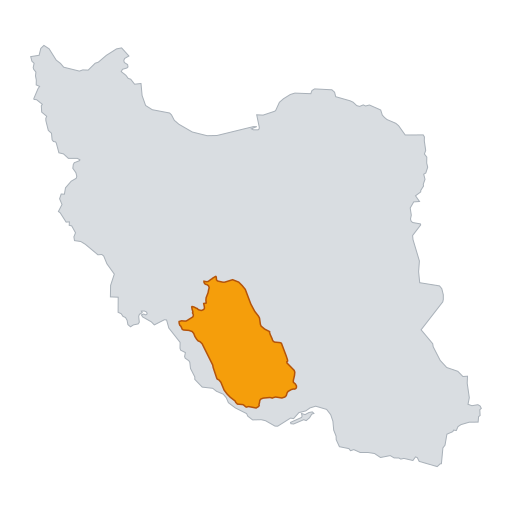 Iran, with Fars highlighted
{"feature_id": "IRN-3212", "entity_name": "Fars", "entity_type": "Province", "adm_level": 1, "iso_a3": "IRN", "parent_name": "Iran", "parent_adm1": "", "projection": "natural_earth1", "projection_center": [52.93, 29.426], "detail": "fine", "context": "in_parent", "style": "filled", "palette": "amber", "viewbox_px": 512, "rotation_deg": 0, "n_neighbors": 0, "source": "natural_earth", "source_scale": "10m", "svg_char_len": 5425}
<svg xmlns="http://www.w3.org/2000/svg" viewBox="0 0 512 512"><path d="M256.7,114.8L263.1,115.1L274.8,111.2L275.8,110.2L279.4,102.3L283.4,98.8L290.3,94.5L294.9,93.1L310.8,93.7L312.0,90.5L314.6,88.9L331.9,89.8L334.6,92.3L335.7,96.7L350.1,100.8L353.1,102.2L356.7,105.6L359.6,106.4L363.3,104.9L365.6,106.0L369.4,105.0L380.7,110.0L382.3,115.1L384.4,117.4L386.9,119.5L395.9,123.4L398.6,125.7L405.2,135.0L423.2,134.9L424.4,136.9L424.3,140.9L425.7,150.4L424.4,154.0L426.8,157.1L426.7,163.1L427.7,167.2L425.8,173.0L423.7,174.2L425.0,179.3L423.3,184.2L423.5,186.1L420.8,190.3L420.7,191.9L415.5,195.8L419.5,201.5L413.7,201.9L410.2,208.0L411.3,215.2L410.5,219.0L411.1,221.1L412.6,222.5L420.4,223.9L420.7,224.9L412.6,235.5L413.0,239.6L419.4,261.0L418.6,271.7L419.7,282.7L439.5,285.9L441.8,288.7L443.3,294.8L443.3,299.4L442.8,301.8L421.1,329.8L432.7,343.7L433.2,346.8L440.2,360.4L446.7,367.5L457.8,371.3L462.9,376.5L467.5,376.2L467.2,383.2L469.3,397.7L468.0,404.3L471.9,405.7L477.9,404.7L480.1,406.0L481.3,408.4L479.8,409.7L480.1,415.5L478.6,416.6L478.1,422.1L469.2,422.2L461.0,424.6L458.0,426.6L456.3,430.5L453.6,430.1L452.8,431.6L446.9,434.2L445.0,445.2L442.9,447.9L441.4,463.7L440.1,463.9L437.2,466.6L419.2,461.4L417.3,457.6L415.5,456.9L412.9,460.5L403.9,458.4L400.8,459.1L398.9,458.0L394.1,457.9L390.2,455.6L380.5,457.5L374.5,453.5L368.1,452.5L360.2,452.5L353.8,449.6L350.5,450.7L348.9,448.6L339.4,446.7L336.2,439.7L336.1,436.2L333.7,430.1L332.9,421.2L330.7,414.7L326.6,409.4L315.7,406.2L310.0,407.9L305.8,410.9L298.9,412.6L293.6,418.6L290.5,418.1L277.7,426.2L275.0,426.1L265.5,420.7L261.3,419.7L252.6,419.9L247.8,416.2L246.6,413.6L235.3,407.9L228.4,402.7L226.3,397.8L223.3,394.2L216.5,391.3L212.7,388.3L202.2,387.1L194.8,379.4L194.8,376.9L190.5,368.5L189.8,362.3L188.8,360.7L185.2,358.2L184.6,356.5L185.4,352.6L180.7,350.2L180.0,348.3L180.1,342.4L168.8,328.0L166.6,320.0L164.5,319.7L154.3,324.9L151.4,321.9L142.6,316.9L141.4,314.9L143.6,314.0L145.8,314.9L147.2,313.8L146.6,312.1L144.4,311.0L141.4,311.1L142.2,312.7L139.4,314.3L138.7,316.3L139.3,322.2L138.2,323.9L133.4,324.9L130.5,326.8L127.9,324.6L127.1,320.3L125.5,317.5L123.0,316.4L121.2,313.7L118.1,312.3L118.2,297.2L110.4,296.9L110.6,285.4L114.3,274.1L106.9,263.8L103.7,256.0L101.8,254.5L97.9,254.8L85.2,244.2L80.7,241.5L74.5,240.6L73.9,236.9L75.5,232.8L72.6,227.5L71.7,225.9L69.2,225.3L69.4,221.9L66.1,222.1L60.2,212.8L58.4,211.5L62.0,204.5L59.6,198.8L61.2,194.0L64.4,194.2L65.5,187.8L71.2,181.2L76.2,178.3L76.8,176.3L75.9,172.7L72.8,168.3L73.3,164.5L74.3,162.7L79.6,160.6L79.9,159.8L77.4,158.4L68.4,158.4L63.5,153.9L58.9,152.8L56.3,143.1L55.6,141.9L53.4,141.5L52.1,139.8L51.5,133.3L48.3,130.4L45.9,120.8L45.8,118.4L46.7,116.3L41.7,112.1L41.3,105.8L42.3,104.3L36.6,99.7L34.0,99.4L33.8,98.6L38.0,88.7L39.6,86.4L36.2,84.9L36.3,80.0L35.5,75.9L35.9,72.1L33.7,69.3L33.2,67.6L34.1,63.3L31.9,61.2L30.7,56.6L39.1,55.3L40.8,48.4L43.9,45.4L49.1,48.8L56.2,60.1L60.5,63.4L63.7,67.2L79.4,71.1L82.8,69.9L88.2,70.1L95.2,63.2L98.3,62.2L106.4,55.3L116.5,48.9L121.6,47.9L128.9,56.0L124.6,58.5L123.8,60.5L124.3,62.5L127.6,64.6L128.0,66.9L126.9,68.0L122.5,69.3L121.2,71.6L125.9,75.3L128.2,78.4L130.7,79.2L134.6,84.2L141.0,83.5L142.1,95.6L145.6,105.5L152.2,109.7L169.6,113.0L171.5,114.9L174.3,120.3L178.8,124.2L192.3,132.0L207.1,135.7L217.0,135.5L253.4,126.6L256.8,126.6L251.4,128.8L253.4,129.8L258.1,129.8L259.1,128.9L259.3,127.4L256.7,114.8ZM311.7,414.2L309.6,417.7L306.2,420.6L303.7,419.7L293.6,424.0L290.9,423.7L290.5,422.4L301.6,417.4L302.1,416.1L301.5,413.5L305.1,414.6L309.0,412.5L312.3,411.9L313.9,413.4L311.7,414.2Z" fill="#d9dde1" stroke="#a8b0b8" stroke-width="1"/><path d="M215.6,276.4L216.0,276.5L216.3,277.3L216.5,279.9L217.6,281.0L222.9,282.2L224.6,282.2L232.6,279.7L238.7,282.1L242.2,285.6L245.3,289.4L250.8,304.0L254.7,311.3L258.5,316.2L259.5,318.1L260.4,324.4L261.1,326.1L264.7,329.1L269.6,331.6L269.5,332.2L270.2,334.5L272.1,338.7L272.4,339.8L272.9,340.8L273.5,341.4L274.6,342.1L280.0,342.6L281.4,343.2L286.2,355.9L287.6,360.2L287.6,361.1L286.8,361.7L287.0,363.0L294.2,370.4L294.8,372.2L294.5,375.4L293.4,380.1L293.3,381.3L293.4,382.3L295.4,384.0L296.5,386.0L296.4,387.6L296.0,388.3L295.5,388.7L294.7,389.1L293.4,389.0L291.2,389.6L288.0,391.5L287.0,393.1L286.3,395.6L284.9,397.0L281.9,398.0L275.6,397.0L273.4,397.6L272.2,398.1L271.1,397.7L269.7,397.5L263.3,398.1L260.9,399.0L259.8,400.4L259.5,402.7L259.0,404.3L259.0,404.6L259.2,405.4L258.6,406.5L256.1,408.0L248.8,406.6L248.2,406.6L246.5,407.1L246.1,407.0L245.7,406.8L243.6,405.0L242.8,404.6L237.4,404.1L235.7,402.3L235.1,401.0L230.3,397.3L227.2,394.2L224.1,390.1L220.9,382.3L219.1,380.1L218.3,379.6L217.3,379.2L216.7,378.1L213.2,367.6L212.7,365.0L202.1,343.7L200.0,341.7L198.1,340.9L196.6,339.2L194.9,336.5L193.7,333.4L192.1,331.5L188.9,330.4L183.6,330.0L182.3,329.4L180.9,326.3L179.7,325.1L179.1,323.0L179.1,321.5L181.5,320.8L185.4,321.1L186.4,320.9L192.7,317.0L193.3,315.9L193.3,314.4L192.7,313.4L192.5,312.8L192.9,312.2L192.8,311.5L192.1,309.3L191.7,306.9L192.1,306.5L194.0,307.0L196.7,308.4L197.3,308.5L197.8,309.2L198.7,309.8L201.2,310.5L202.5,310.1L203.7,309.4L204.3,308.7L204.4,308.4L204.4,307.1L203.7,303.5L205.5,303.2L206.2,303.0L206.1,302.0L205.9,300.3L206.1,297.8L208.1,292.6L208.6,289.7L209.2,287.7L208.5,285.8L207.1,284.7L206.1,284.5L205.2,284.1L204.5,283.4L203.9,282.0L204.0,281.2L206.3,281.7L208.1,281.5L211.2,279.2L211.9,278.9L212.4,278.3L215.6,276.4Z" fill="#f59e0b" stroke="#b45309" stroke-width="1.5"/></svg>